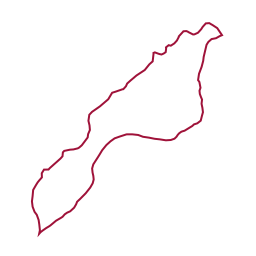 Saqulta, Suhaj, Egypt (Natural Earth projection), rotated 264°
{"feature_id": "37247803B11540085647408", "entity_name": "Saqulta", "entity_type": "district", "adm_level": 2, "iso_a3": "EGY", "parent_name": "Egypt", "parent_adm1": "Suhaj", "projection": "natural_earth1", "projection_center": [31.659, 26.692], "detail": "fine", "context": "isolated", "style": "outline", "palette": "rose", "viewbox_px": 256, "rotation_deg": 264, "n_neighbors": 0, "source": "geoboundaries", "source_scale": "gbopen_adm2", "svg_char_len": 2125}
<svg xmlns="http://www.w3.org/2000/svg" viewBox="0 0 256 256"><g transform="rotate(264 128 128)"><path d="M200.0,161.2L198.9,161.1L191.7,159.5L189.1,155.9L183.9,150.7L179.7,142.6L179.4,142.0L174.9,135.4L172.3,131.8L169.7,130.3L167.1,127.4L167.1,126.6L165.4,119.3L165.3,118.8L164.7,115.9L158.7,111.4L152.5,102.4L147.8,93.9L145.2,90.9L139.3,89.4L134.6,90.0L130.0,89.9L126.1,87.7L122.8,86.9L118.8,83.2L115.6,80.2L113.6,77.3L113.0,75.9L112.4,71.5L112.5,68.0L111.9,62.2L110.6,60.7L106.7,59.9L104.7,57.7L96.3,46.0L95.0,44.6L95.4,40.1L92.0,37.5L87.9,37.2L85.2,34.3L83.4,32.5L81.1,30.7L76.3,27.2L70.2,26.0L65.1,24.8L59.7,24.9L54.4,26.3L51.2,28.2L45.9,29.5L41.1,29.7L35.6,29.7L32.1,28.6L33.5,30.1L35.0,32.5L37.1,36.3L38.3,38.9L39.2,40.6L41.2,43.6L43.3,46.7L45.6,51.8L46.5,53.6L48.8,56.1L50.3,58.9L50.5,59.7L51.2,61.8L54.4,66.1L57.5,68.4L60.0,69.7L62.5,73.0L67.5,79.1L72.7,84.2L76.7,87.1L80.4,88.5L84.0,88.5L87.3,88.1L91.5,88.1L95.5,89.7L102.2,95.1L104.9,97.2L108.6,100.0L113.3,104.7L116.6,109.2L119.1,113.6L120.4,119.0L121.8,125.7L121.8,126.6L121.3,131.4L120.0,137.4L117.7,142.0L116.2,147.9L114.5,153.3L113.4,158.4L111.8,164.4L111.6,169.3L112.5,173.1L114.2,175.3L115.9,176.7L117.3,178.2L118.7,180.6L119.0,181.8L119.4,184.0L121.7,188.8L123.3,192.2L123.4,192.3L124.7,194.0L125.4,197.4L127.7,201.1L132.6,202.9L135.9,204.2L140.3,204.1L144.2,203.7L144.3,203.7L144.5,203.7L148.5,204.6L151.2,203.8L154.3,203.0L155.7,203.0L155.8,203.0L157.6,203.0L160.4,204.3L166.3,203.8L168.3,202.7L174.5,204.3L175.9,205.0L177.9,206.0L181.1,207.6L186.9,209.8L190.8,210.7L198.5,213.4L202.5,214.8L205.2,216.9L207.7,220.4L208.1,224.9L209.8,228.8L210.5,231.2L218.0,227.2L221.6,222.8L221.9,222.4L222.2,221.9L223.8,219.8L223.9,216.3L222.6,214.9L221.9,214.1L220.6,212.7L218.7,211.2L216.7,209.0L215.4,207.5L214.2,203.9L214.2,203.2L214.2,202.5L217.0,198.2L217.6,197.5L218.3,196.1L218.4,193.2L217.7,192.5L213.8,188.1L213.2,188.0L209.9,185.8L207.3,182.9L205.4,179.2L206.1,177.1L204.2,174.2L202.8,174.2L199.5,173.4L198.3,171.2L197.6,169.0L198.3,166.9L199.0,165.4L199.7,164.0L200.4,162.6L200.1,161.6L200.0,161.2Z" fill="none" stroke="#9f1239" stroke-width="2"/></g></svg>